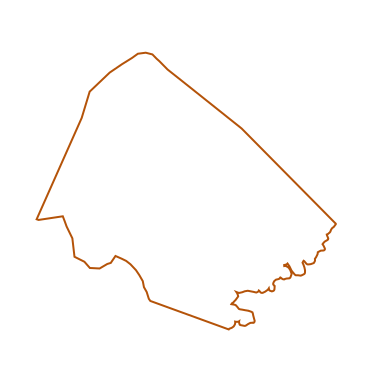 outline of Mongomoyen, Wele-Nzás, Equatorial Guinea, rotated 281°
{"feature_id": "11065452B2915005607236", "entity_name": "Mongomoyen", "entity_type": "district", "adm_level": 2, "iso_a3": "GNQ", "parent_name": "Equatorial Guinea", "parent_adm1": "Wele-Nzás", "projection": "robinson", "projection_center": [11.002, 1.641], "detail": "fine", "context": "isolated", "style": "outline", "palette": "amber", "viewbox_px": 384, "rotation_deg": 281, "n_neighbors": 0, "source": "geoboundaries", "source_scale": "gbopen_adm2", "svg_char_len": 4300}
<svg xmlns="http://www.w3.org/2000/svg" viewBox="0 0 384 384"><g transform="rotate(281 192 192)"><path d="M135.6,44.7L135.3,46.7L143.5,69.8L139.2,72.5L134.2,75.5L123.7,83.4L106.0,89.0L103.0,99.7L97.9,106.3L98.2,108.0L98.4,109.6L99.3,115.9L105.2,122.6L106.9,125.8L114.6,129.1L113.1,135.7L111.8,140.5L109.3,145.4L104.6,151.9L100.4,156.1L95.1,160.7L89.4,163.0L85.2,166.6L78.9,170.0L77.1,171.9L64.1,254.3L64.9,254.7L66.1,256.7L66.3,256.9L66.4,257.1L67.9,258.5L68.3,258.6L68.5,258.8L70.0,259.3L70.3,259.4L70.5,259.4L71.8,259.4L72.1,259.3L72.4,259.3L73.0,259.1L73.0,259.4L73.0,259.9L73.3,261.6L73.5,262.0L73.7,262.5L74.1,262.9L73.7,262.9L73.4,263.0L73.1,263.0L71.8,263.6L71.6,263.7L71.3,263.9L71.0,264.1L71.0,264.3L70.8,264.4L70.8,264.7L70.6,265.0L70.6,265.4L70.6,268.8L70.6,269.1L70.7,269.5L70.8,269.8L71.0,270.0L71.1,270.3L73.1,272.3L74.7,274.3L75.1,276.1L75.2,276.8L75.3,276.8L75.3,277.0L75.5,277.3L75.7,277.6L75.8,277.7L75.8,277.8L76.1,277.9L76.4,278.1L76.5,278.1L77.0,278.1L77.3,278.1L77.5,278.1L79.3,277.2L82.4,275.7L84.6,274.8L84.9,274.5L85.3,274.3L85.3,274.2L85.5,273.8L85.7,273.4L86.2,270.1L86.1,269.9L86.2,269.7L86.1,266.8L86.1,263.7L86.0,261.4L86.2,260.3L87.7,258.6L89.1,256.8L89.1,256.6L89.3,256.4L89.3,256.1L89.4,255.8L89.4,255.6L89.5,255.4L89.4,252.1L90.3,252.4L91.2,253.4L91.5,253.6L91.8,253.8L93.0,254.5L94.5,255.5L94.8,255.6L97.7,257.0L98.1,257.1L98.4,257.2L98.5,257.1L98.9,257.0L99.2,256.9L101.0,255.8L101.1,255.7L101.3,255.6L102.3,254.6L101.9,256.8L101.9,257.0L102.0,257.4L102.0,257.8L102.1,258.0L103.0,260.0L103.1,260.3L104.6,262.7L105.7,265.6L105.7,271.5L105.6,273.6L105.6,273.9L105.6,274.3L105.8,274.6L106.0,274.9L106.1,275.1L106.8,275.9L107.0,276.0L107.4,276.3L107.6,276.4L107.8,276.4L108.0,276.4L107.9,276.7L107.9,276.8L106.7,278.2L106.5,278.6L106.4,278.8L106.3,279.0L106.3,279.5L106.3,279.8L106.3,280.0L106.5,280.4L106.6,280.8L107.8,282.4L107.9,282.5L108.0,282.7L110.3,284.9L110.6,285.0L110.8,285.3L112.1,285.8L111.1,286.2L110.7,286.5L110.3,286.7L110.1,287.2L109.9,287.6L109.8,288.6L109.8,288.9L109.7,289.3L109.8,289.4L109.8,289.6L110.0,289.9L110.1,290.2L110.5,290.8L110.8,291.0L111.1,291.3L111.6,291.4L112.0,291.5L114.7,291.2L115.0,291.1L115.3,291.1L115.4,290.9L115.6,290.9L115.7,290.6L116.0,290.4L116.6,289.5L117.3,289.2L118.8,289.3L120.3,289.8L122.0,291.2L122.3,291.9L123.1,293.7L123.3,293.9L123.5,294.2L123.6,294.3L123.7,294.5L124.0,294.5L124.9,294.9L125.0,295.1L123.9,297.2L123.9,297.3L123.8,297.7L123.7,298.2L123.8,298.7L123.9,299.2L124.0,299.2L125.1,301.3L125.7,303.6L125.8,303.6L126.0,304.1L126.2,304.4L126.3,304.5L126.6,304.7L127.0,304.9L130.2,305.4L130.3,305.4L130.7,305.3L131.0,305.2L133.9,303.5L134.1,303.3L134.3,303.2L136.1,301.4L136.3,300.9L136.6,300.5L137.2,298.3L137.2,298.1L137.2,297.7L137.2,297.3L137.1,297.2L136.9,296.7L137.9,296.4L138.8,298.4L139.2,298.8L139.5,299.1L140.0,299.4L139.8,299.6L137.7,301.8L133.8,304.7L133.7,304.9L133.5,305.0L130.5,308.7L130.3,309.2L130.1,309.6L130.1,310.1L130.2,310.6L130.5,312.0L130.6,314.2L130.6,314.3L130.6,314.5L130.8,314.8L130.9,315.1L131.0,315.2L131.0,315.4L132.7,317.6L133.0,317.8L133.3,318.1L133.8,318.2L134.2,318.3L136.2,318.0L136.4,317.9L136.7,317.9L139.5,316.7L142.2,315.1L142.3,315.0L143.7,314.0L145.4,314.5L145.8,314.7L145.5,315.4L143.4,318.0L143.2,318.5L143.0,318.9L143.0,319.0L143.0,319.4L143.1,319.9L143.1,320.0L143.8,322.2L143.9,322.4L144.0,322.6L145.2,324.6L145.3,324.7L145.4,324.9L145.6,325.0L145.9,325.3L146.0,325.3L147.6,325.8L148.0,325.8L148.4,325.8L148.5,325.8L149.8,325.4L151.4,326.1L151.5,326.2L154.8,327.1L155.1,327.1L155.4,327.1L156.9,327.0L157.8,328.1L159.0,329.6L159.6,332.0L159.8,332.5L160.0,332.8L160.3,333.0L160.5,333.2L160.8,333.3L161.1,333.3L161.4,333.4L161.5,333.3L161.9,333.1L162.2,333.0L164.6,331.2L165.7,330.1L166.6,330.5L168.6,331.7L170.7,334.1L170.9,334.2L171.1,334.4L171.3,334.4L171.5,334.6L171.9,334.6L172.2,334.6L172.4,334.6L172.6,334.4L172.8,334.4L175.3,332.7L176.0,332.4L176.4,333.0L176.6,333.3L176.9,333.6L178.8,335.1L179.2,335.2L179.5,335.4L181.1,335.6L183.0,336.3L184.8,337.8L185.0,338.0L185.3,338.1L187.6,339.2L187.8,339.2L188.0,339.3L188.3,339.2L263.8,228.6L290.9,176.7L291.8,175.0L307.6,144.6L314.2,135.0L316.1,131.8L319.5,126.9L319.9,120.0L317.4,112.5L312.0,107.4L304.1,98.9L293.5,88.4L271.0,72.4L243.7,69.6L135.6,44.7Z" fill="none" stroke="#b45309" stroke-width="2"/></g></svg>